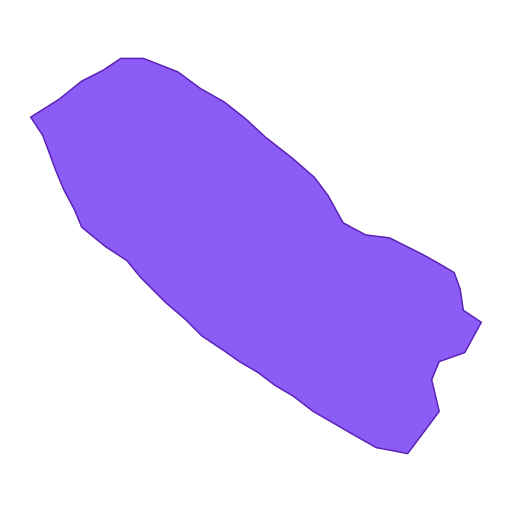 Vitsada, Cyprus
{"feature_id": "46923920B87437157702699", "entity_name": "Vitsada", "entity_type": "district", "adm_level": 2, "iso_a3": "CYP", "parent_name": "Cyprus", "parent_adm1": "", "projection": "albers", "projection_center": [33.652, 35.236], "detail": "fine", "context": "isolated", "style": "filled", "palette": "violet", "viewbox_px": 512, "rotation_deg": 0, "n_neighbors": 0, "source": "geoboundaries", "source_scale": "gbopen_adm2", "svg_char_len": 716}
<svg xmlns="http://www.w3.org/2000/svg" viewBox="0 0 512 512"><path d="M422.7,254.5L389.6,237.9L365.6,234.9L343.1,222.8L328.1,195.6L314.5,177.5L292.0,157.9L265.0,136.8L245.5,118.7L224.4,102.1L200.4,88.5L177.9,71.9L143.4,58.4L120.8,58.4L102.8,70.4L81.8,81.0L59.3,99.1L44.2,108.6L30.7,117.2L42.7,135.3L56.2,171.5L63.7,189.6L74.2,209.2L81.8,227.3L105.8,246.9L126.8,260.5L140.3,277.1L165.9,302.8L185.4,319.4L201.9,336.0L224.4,351.0L239.4,361.6L257.5,372.2L275.5,385.7L293.5,396.3L313.1,411.4L334.1,423.5L352.1,434.0L376.2,447.6L407.7,453.6L439.2,411.4L431.7,379.7L439.2,361.6L464.8,352.5L481.3,322.3L463.3,310.3L460.2,289.2L454.2,272.6L436.2,262.0L422.7,254.5Z" fill="#8b5cf6" stroke="#5b21b6" stroke-width="1.5"/></svg>